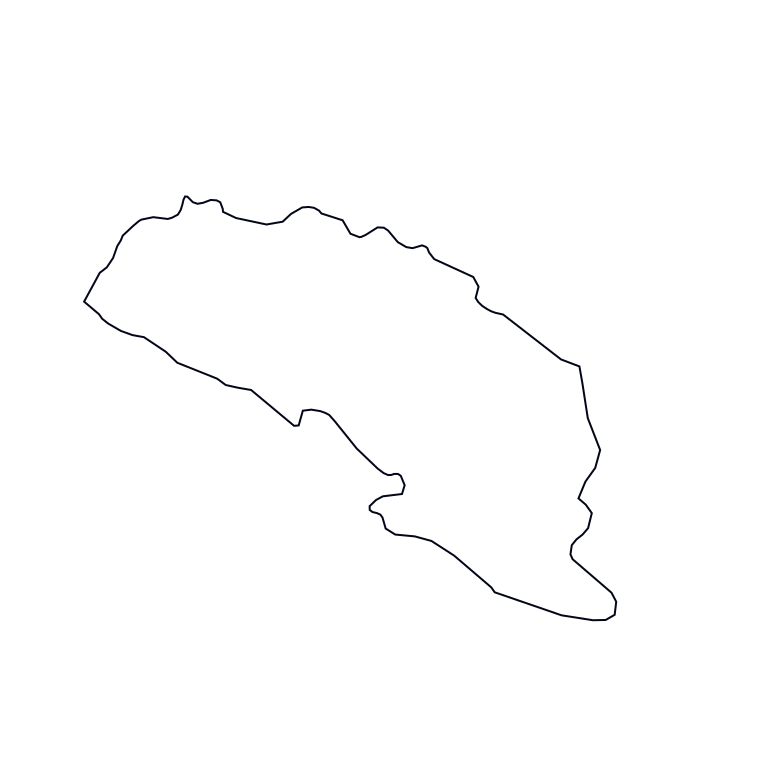 Põlva, Robinson projection, rotated 25°
{"feature_id": "EST-2347", "entity_name": "Põlva", "entity_type": "County", "adm_level": 1, "iso_a3": "EST", "parent_name": "Estonia", "parent_adm1": "", "projection": "robinson", "projection_center": [27.097, 58.038], "detail": "fine", "context": "isolated", "style": "outline", "palette": "ink", "viewbox_px": 768, "rotation_deg": 25, "n_neighbors": 0, "source": "natural_earth", "source_scale": "10m", "svg_char_len": 1714}
<svg xmlns="http://www.w3.org/2000/svg" viewBox="0 0 768 768"><g transform="rotate(25 384 384)"><path d="M553.7,285.5L563.7,299.8L583.1,328.8L607.8,352.5L610.9,370.8L607.8,387.3L608.6,405.5L617.9,408.1L626.9,413.2L629.9,428.4L627.6,436.5L624.1,443.5L622.3,450.7L625.0,459.6L629.0,463.1L678.4,477.0L686.5,483.2L690.6,495.7L684.6,504.2L673.2,509.8L642.7,518.6L572.4,526.0L572.0,525.8L567.2,523.0L520.1,509.9L493.3,506.2L476.3,509.1L457.8,515.7L446.6,514.3L439.1,505.7L435.9,503.9L432.0,504.0L427.7,504.9L424.3,504.2L422.6,500.8L425.8,492.5L430.4,486.3L446.8,476.1L445.5,467.0L438.0,460.1L434.6,459.6L431.2,461.2L429.1,463.3L426.2,464.8L421.3,464.9L413.9,463.3L386.5,454.0L355.2,438.6L347.4,435.2L343.0,435.0L337.7,435.5L328.9,438.0L321.7,442.5L324.2,457.6L320.2,459.9L266.1,445.6L252.8,449.2L241.0,451.8L230.6,449.7L187.7,452.1L172.6,447.0L146.6,443.0L135.3,446.0L123.1,447.1L108.6,445.8L101.0,444.0L96.2,441.2L77.4,436.1L79.4,403.3L83.5,395.4L85.2,384.3L84.0,371.7L84.8,365.0L84.5,360.0L89.9,346.6L93.0,339.9L94.6,337.6L104.4,330.3L118.3,325.8L121.5,323.0L125.6,317.6L126.2,312.2L125.4,306.5L124.4,301.6L124.5,298.1L126.7,297.3L133.9,300.0L138.8,299.5L143.5,296.2L149.2,290.4L154.7,288.3L158.8,288.5L163.9,293.5L165.3,296.0L179.8,296.1L210.1,289.1L223.6,279.7L227.8,269.2L235.3,258.5L241.1,255.3L246.2,253.9L251.8,254.3L255.2,255.9L277.3,253.1L290.1,262.0L299.8,261.3L301.4,260.1L304.2,256.9L312.0,244.8L317.8,242.4L322.9,243.2L336.6,249.6L346.4,250.5L352.5,248.8L359.9,242.3L363.7,242.0L365.8,242.5L369.3,245.8L376.7,249.6L419.7,249.3L428.6,255.9L430.7,267.3L434.8,269.9L440.0,271.7L445.3,272.5L450.5,272.8L454.8,272.4L462.6,270.7L534.0,286.9L553.7,285.5Z" fill="none" stroke="#020617" stroke-width="2"/></g></svg>